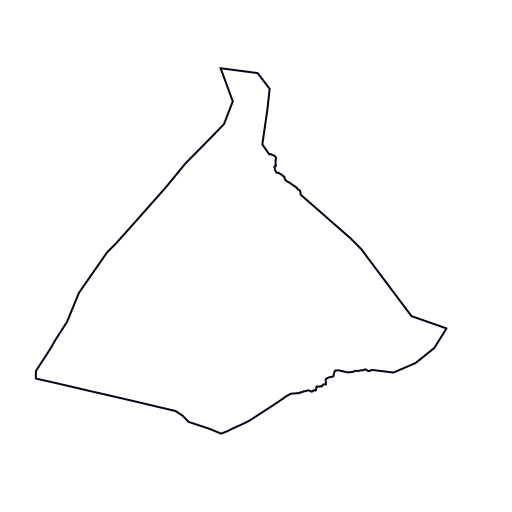 Naran, Sühbaatar, Mongolia, rotated 9°
{"feature_id": "93677404B66780869720119", "entity_name": "Naran", "entity_type": "district", "adm_level": 2, "iso_a3": "MNG", "parent_name": "Mongolia", "parent_adm1": "Sühbaatar", "projection": "natural_earth1", "projection_center": [113.793, 45.123], "detail": "fine", "context": "isolated", "style": "outline", "palette": "ink", "viewbox_px": 512, "rotation_deg": 9, "n_neighbors": 0, "source": "geoboundaries", "source_scale": "gbopen_adm2", "svg_char_len": 3416}
<svg xmlns="http://www.w3.org/2000/svg" viewBox="0 0 512 512"><g transform="rotate(9 256 256)"><path d="M191.7,76.1L208.9,106.9L203.8,130.6L196.3,141.4L171.6,176.0L155.7,203.1L133.8,237.4L115.9,265.3L108.4,275.6L86.9,320.0L79.7,350.5L71.0,370.3L67.4,379.8L56.6,404.1L57.8,411.5L75.0,412.6L95.1,414.0L115.1,415.5L127.3,416.3L159.8,418.6L184.8,420.5L198.4,421.5L200.8,421.7L208.5,425.2L215.4,430.4L236.8,433.9L249.3,436.9L255.3,433.4L259.7,430.2L264.0,427.4L274.5,420.3L277.2,417.9L295.2,401.7L305.6,392.1L307.3,390.2L311.9,386.6L318.0,385.1L318.3,385.0L318.7,384.9L319.1,384.9L319.4,384.9L319.6,384.9L319.9,384.7L320.2,384.6L320.4,384.4L320.6,384.2L320.8,384.0L321.1,383.8L321.2,383.7L321.4,383.7L321.6,383.6L321.8,383.5L322.1,383.5L322.4,383.4L322.6,383.3L322.9,383.2L323.0,383.1L323.4,382.9L323.6,382.7L323.8,382.5L324.0,382.4L324.2,382.2L324.4,382.1L324.5,382.1L325.0,382.0L325.3,381.9L325.6,381.9L325.9,381.7L326.1,381.6L326.4,381.6L326.6,381.5L326.8,381.4L327.1,381.3L327.3,381.1L327.5,381.0L327.8,380.9L328.0,380.8L328.5,380.6L329.0,380.5L329.4,380.6L329.8,380.6L330.4,380.7L330.7,380.8L331.1,380.9L331.4,381.1L331.7,381.2L332.0,381.3L332.2,381.2L332.5,381.1L332.8,381.0L333.0,380.9L333.2,380.6L333.3,380.3L333.4,380.1L333.6,380.0L333.8,379.8L334.1,379.6L334.4,379.5L334.6,379.5L334.9,379.5L335.2,379.5L335.4,379.6L335.5,379.7L335.8,379.6L336.0,379.3L336.1,379.1L336.2,378.8L336.2,378.4L336.1,378.2L336.2,376.8L336.2,376.6L336.3,375.4L336.5,375.4L337.2,375.4L337.8,375.4L338.0,375.3L338.4,375.2L338.9,375.1L339.1,375.0L339.4,374.9L339.7,374.8L339.9,374.6L340.2,374.6L340.4,374.5L340.9,374.6L341.1,374.6L341.4,374.5L341.5,374.4L341.7,374.1L341.8,373.9L341.9,373.5L342.0,373.2L342.1,372.9L342.2,372.7L342.4,372.5L342.6,372.4L343.0,372.2L343.3,372.1L343.7,372.1L344.7,372.0L344.9,372.0L345.1,371.8L344.1,366.6L347.1,364.4L351.1,363.0L351.7,357.4L352.5,356.6L355.8,356.0L363.0,356.5L363.3,356.6L364.2,356.6L364.8,356.6L365.3,356.5L366.1,356.4L366.9,356.1L367.6,355.8L367.9,355.8L368.2,355.7L368.5,355.6L369.0,355.5L369.5,355.4L370.1,355.1L370.7,354.8L371.3,354.4L371.8,354.0L372.1,353.9L372.6,353.8L373.0,353.7L373.4,353.7L374.2,353.7L374.5,353.6L374.9,353.5L375.4,353.4L376.0,353.2L376.6,352.9L377.2,352.7L377.6,352.5L378.1,352.4L378.6,352.3L379.3,352.2L379.6,352.1L379.9,352.1L380.2,351.9L380.4,351.8L380.6,351.6L380.9,351.3L381.1,351.1L381.4,350.9L381.9,350.9L382.3,351.0L382.8,351.3L383.3,351.5L383.6,351.6L384.2,351.8L384.9,352.0L385.3,352.0L385.7,352.0L385.9,352.0L386.2,351.8L386.5,351.6L387.0,351.3L387.2,351.1L387.5,350.9L387.7,350.6L387.8,350.5L387.9,350.4L410.0,349.6L430.3,336.8L446.6,318.8L455.4,297.9L455.4,297.7L419.0,291.1L392.7,265.6L358.8,232.7L346.5,223.7L290.7,188.6L289.4,184.7L287.5,183.9L285.2,182.0L283.0,180.9L281.0,180.0L277.6,178.3L276.1,177.8L274.6,177.3L273.3,176.5L272.8,176.0L272.3,175.0L271.7,173.9L271.5,173.3L271.2,173.0L270.1,172.6L269.5,172.4L268.7,171.7L266.5,171.0L265.8,170.5L265.3,170.3L264.6,170.4L264.0,170.5L263.6,170.5L263.1,170.4L262.4,169.7L262.0,168.7L261.3,168.1L261.0,167.5L261.0,166.9L260.9,166.4L260.7,166.0L260.4,165.5L260.2,165.1L260.2,164.8L260.5,164.5L261.3,164.2L261.6,163.7L261.5,163.2L261.0,162.4L260.7,160.4L260.6,159.3L260.4,158.4L260.3,157.4L260.6,156.4L259.7,154.9L258.1,154.0L256.9,153.7L255.6,153.5L254.9,153.1L254.2,153.1L253.1,153.5L244.8,144.8L244.3,108.5L243.3,88.7L229.0,75.1L191.7,76.1Z" fill="none" stroke="#020617" stroke-width="2"/></g></svg>